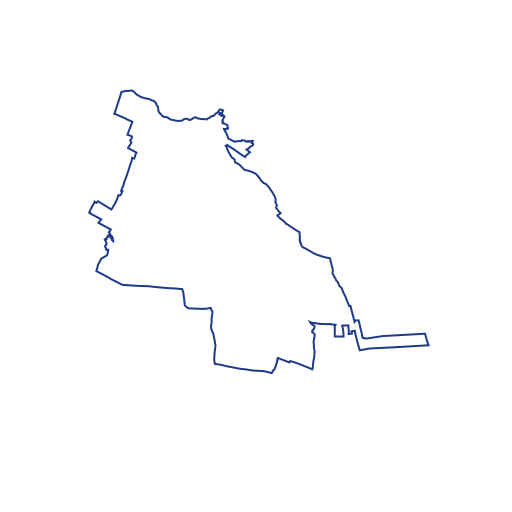 the district of Malusteni, Vaslui, Romania, rotated 27°
{"feature_id": "2599482B23513240550687", "entity_name": "Malusteni", "entity_type": "district", "adm_level": 2, "iso_a3": "ROU", "parent_name": "Romania", "parent_adm1": "Vaslui", "projection": "natural_earth1", "projection_center": [27.912, 46.177], "detail": "fine", "context": "isolated", "style": "outline", "palette": "blue", "viewbox_px": 512, "rotation_deg": 27, "n_neighbors": 0, "source": "geoboundaries", "source_scale": "gbopen_adm2", "svg_char_len": 6030}
<svg xmlns="http://www.w3.org/2000/svg" viewBox="0 0 512 512"><g transform="rotate(27 256 256)"><path d="M450.3,257.2L446.7,253.8L441.9,248.5L405.3,269.8L391.7,279.5L388.4,280.5L387.5,279.8L385.6,277.2L381.7,272.8L377.7,267.9L376.7,266.8L373.8,268.2L373.7,269.9L362.9,257.7L361.9,258.4L360.3,257.0L357.2,254.4L354.8,252.1L351.0,249.3L346.7,245.6L344.1,244.9L343.5,244.5L340.7,242.0L338.8,241.5L337.6,240.5L332.2,236.8L331.9,236.5L331.2,234.4L330.2,232.7L325.2,227.2L324.1,225.6L322.8,224.4L320.9,225.1L315.7,226.3L309.0,227.3L305.5,227.3L298.2,226.9L293.2,226.9L291.5,226.0L290.5,224.7L289.8,224.3L289.9,223.9L289.1,223.6L288.4,223.0L288.3,222.4L287.6,222.0L287.4,221.0L286.6,219.7L286.1,218.3L285.0,217.0L284.9,216.5L284.4,216.0L284.0,215.0L279.5,214.8L269.0,213.5L267.7,213.7L267.1,213.0L266.3,212.7L259.4,211.3L256.7,210.3L256.6,210.0L256.7,209.8L257.8,208.1L258.5,206.7L257.6,206.3L255.4,205.7L253.7,204.7L252.4,204.2L251.7,203.3L251.7,201.8L251.3,200.9L249.9,200.1L248.9,199.4L248.5,198.6L248.4,197.9L248.1,197.1L247.3,196.0L245.9,194.6L241.3,191.6L235.9,188.8L232.0,187.3L229.6,187.6L228.3,187.0L227.2,186.8L222.3,184.3L220.6,183.6L218.6,182.9L217.3,182.8L214.6,183.0L213.7,183.0L210.2,183.5L207.3,184.4L205.9,184.3L201.2,182.6L199.9,182.2L198.0,182.0L196.1,182.1L194.5,181.8L193.9,180.8L193.1,179.8L192.3,179.5L190.0,179.3L188.6,178.6L187.1,177.5L184.3,175.8L182.1,174.0L180.8,172.6L179.5,171.7L179.0,171.5L179.8,170.2L189.2,171.2L195.6,172.2L201.3,172.8L201.4,171.3L202.7,168.0L203.5,166.3L199.3,165.4L200.7,163.3L201.0,161.7L201.6,161.0L202.8,158.8L202.9,158.1L202.8,157.6L202.2,157.2L200.7,157.2L200.4,156.1L200.9,155.9L200.9,155.1L199.7,155.5L199.2,156.2L198.2,156.9L196.8,157.8L196.8,157.3L194.8,158.6L193.3,158.3L191.3,159.1L190.8,159.4L190.8,160.1L185.5,163.3L185.2,163.9L178.1,163.9L175.8,161.7L172.7,159.4L171.3,158.6L169.8,157.3L172.3,156.3L172.0,155.7L173.1,155.0L171.1,152.4L169.0,152.3L165.9,152.8L165.4,151.2L164.9,151.2L164.6,150.0L164.6,148.7L164.5,147.9L164.6,146.7L164.5,145.9L164.2,145.8L162.6,146.0L162.6,145.4L161.9,145.4L161.7,145.5L161.8,146.7L161.1,146.7L159.1,146.4L158.8,146.0L158.9,144.8L160.4,144.5L160.8,144.2L160.6,141.2L157.8,141.5L157.3,141.9L156.7,143.9L156.7,145.6L156.0,146.7L155.3,147.5L154.8,150.1L153.9,150.9L153.2,151.2L152.6,152.4L152.3,152.7L151.6,154.3L150.7,155.3L150.1,156.7L148.7,157.1L144.8,158.9L142.8,159.5L141.4,159.9L139.3,159.8L138.3,160.4L137.1,162.3L136.7,163.2L136.2,163.9L135.6,164.2L135.3,164.9L134.5,165.2L132.9,165.1L131.5,165.3L131.1,165.6L129.9,166.5L129.6,167.0L128.9,168.6L128.0,169.4L125.6,170.9L123.4,171.7L118.3,173.1L116.8,173.1L114.2,172.7L112.9,173.0L111.1,173.7L109.9,173.9L109.2,173.8L107.1,172.9L104.5,172.1L103.8,171.7L102.8,170.6L102.4,169.6L101.3,168.4L101.0,167.7L100.1,167.1L99.0,166.6L98.6,166.4L98.2,165.7L97.6,165.3L95.4,164.4L94.6,164.2L92.3,164.7L90.7,164.5L87.7,165.1L85.5,165.9L84.8,165.9L83.7,166.2L81.0,166.6L78.7,166.4L76.9,166.4L72.0,164.9L70.6,164.9L69.0,165.5L67.8,166.6L64.7,168.2L63.2,169.8L61.8,170.7L61.7,171.1L61.7,171.8L62.3,174.3L65.3,193.7L66.5,193.4L76.8,192.7L77.9,192.9L84.9,192.5L86.4,206.3L90.9,205.7L91.7,206.3L91.5,210.3L93.5,211.5L93.2,214.9L93.0,215.9L92.9,217.2L93.1,217.9L102.6,218.1L102.6,220.1L103.3,224.5L101.1,224.8L101.9,227.6L103.9,240.4L104.6,245.3L105.0,249.6L105.7,253.1L106.2,259.1L107.6,258.9L107.6,261.0L107.9,262.0L107.8,262.7L107.1,264.0L105.8,264.2L106.4,268.5L106.6,271.5L106.1,280.2L90.3,279.0L89.7,281.1L87.5,280.9L87.8,282.2L87.4,286.5L87.3,286.9L87.5,287.7L87.5,290.2L87.7,293.0L88.6,293.0L88.5,293.3L89.4,293.4L101.4,293.6L100.6,297.9L100.6,298.0L114.6,298.3L114.5,299.9L114.1,301.6L115.1,301.9L115.6,302.5L117.8,303.7L118.9,303.9L119.1,304.1L119.1,304.4L119.3,304.7L120.4,305.2L119.9,305.8L120.0,306.0L122.2,307.4L122.2,307.7L120.4,307.1L120.0,306.5L119.5,306.3L118.7,305.5L118.0,305.4L117.6,305.5L115.9,304.1L115.4,304.0L115.1,304.3L115.5,305.0L115.3,305.6L115.3,305.9L114.3,305.7L114.6,305.9L114.6,306.5L115.0,307.3L114.9,308.0L115.2,308.4L115.1,309.0L114.5,309.5L114.2,309.7L113.9,309.5L113.7,309.9L113.8,310.2L115.7,311.2L116.6,312.0L117.4,313.6L117.4,313.9L117.2,314.4L117.4,314.6L117.1,315.1L117.0,315.5L117.6,316.5L118.1,316.9L118.6,317.0L118.9,317.5L119.3,317.6L119.7,318.4L121.5,317.5L122.9,322.3L122.8,323.4L119.6,328.1L119.4,328.6L119.2,335.3L120.0,338.8L120.6,341.9L134.4,342.1L137.3,342.4L144.3,342.3L149.9,342.4L165.6,335.7L173.5,331.9L183.8,328.0L193.7,323.9L198.1,321.9L205.3,319.0L207.9,321.6L210.3,325.3L211.6,326.9L212.5,328.7L213.5,329.8L214.5,331.7L215.4,332.5L219.3,333.4L232.2,327.5L236.3,325.1L239.2,322.8L240.2,323.9L242.5,325.5L242.8,326.0L244.7,331.6L245.4,333.2L246.4,334.8L247.7,338.8L248.3,339.9L250.3,342.5L252.4,343.8L253.1,344.6L256.1,348.2L260.5,354.1L261.4,356.3L262.3,359.1L264.8,365.1L265.9,367.5L268.4,370.9L271.6,369.6L275.2,368.6L280.0,367.5L294.3,363.3L297.1,362.1L305.1,359.5L315.3,355.0L319.6,354.0L323.1,353.3L323.2,353.1L323.1,352.5L323.4,352.0L323.2,351.5L323.4,351.0L323.2,350.4L323.2,350.1L323.6,349.1L323.8,349.0L324.0,347.9L323.6,347.2L323.7,345.5L323.5,344.4L323.1,343.8L323.2,343.0L323.1,342.6L323.1,342.3L323.0,341.2L322.5,340.7L322.7,340.0L322.5,339.8L322.6,339.2L322.4,338.8L321.7,338.0L321.8,336.9L334.0,335.7L334.2,334.0L341.8,332.8L353.5,331.7L357.6,331.4L357.3,329.9L356.6,328.1L355.1,324.3L353.6,319.1L351.2,313.8L350.1,312.6L349.8,312.0L349.0,311.3L348.4,309.6L346.6,306.9L346.1,305.8L345.0,302.5L344.3,299.7L344.1,299.4L342.6,298.6L340.7,298.4L340.4,297.5L340.1,297.2L340.0,296.8L340.4,296.5L340.5,296.1L340.4,295.5L340.8,294.1L340.3,292.5L339.9,291.9L335.9,291.3L334.2,290.3L335.8,290.2L344.8,287.1L346.8,285.9L348.5,285.4L349.3,284.8L350.1,284.6L352.4,283.2L355.6,282.2L358.1,281.2L358.2,283.1L359.1,285.0L359.8,286.0L360.4,287.4L362.7,291.9L370.6,288.1L369.1,285.4L367.2,282.3L364.4,278.9L369.7,275.9L370.2,276.5L370.7,277.7L372.3,279.9L374.0,283.5L376.7,281.5L375.3,279.8L378.0,277.8L379.6,280.0L387.0,288.4L391.3,292.9L398.4,287.4L401.0,285.8L418.5,275.8L450.3,257.2Z" fill="none" stroke="#1e3a8a" stroke-width="2"/></g></svg>